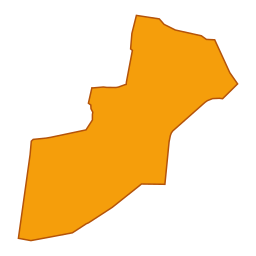 Etung, Cross River, Nigeria (Albers equal-area conic projection)
{"feature_id": "59680162B25131261753844", "entity_name": "Etung", "entity_type": "district", "adm_level": 2, "iso_a3": "NGA", "parent_name": "Nigeria", "parent_adm1": "Cross River", "projection": "albers", "projection_center": [8.782, 5.851], "detail": "fine", "context": "isolated", "style": "filled", "palette": "amber", "viewbox_px": 256, "rotation_deg": 0, "n_neighbors": 0, "source": "geoboundaries", "source_scale": "gbopen_adm2", "svg_char_len": 735}
<svg xmlns="http://www.w3.org/2000/svg" viewBox="0 0 256 256"><path d="M31.3,141.2L30.1,154.6L18.4,238.3L30.9,240.6L50.8,236.9L72.4,232.8L86.2,223.8L88.5,222.8L112.3,207.3L141.5,184.0L164.9,184.3L169.1,141.7L170.3,135.7L171.3,133.0L172.7,131.0L172.9,130.8L202.9,104.2L205.3,102.1L207.5,100.6L212.6,98.6L219.4,98.3L222.6,98.7L237.6,83.9L229.8,72.7L214.7,39.8L206.4,39.4L201.4,35.8L175.3,30.0L164.1,24.4L159.3,18.9L136.4,15.4L131.9,33.4L130.6,48.9L132.4,50.4L126.4,82.1L126.2,84.4L125.2,84.6L118.3,87.1L116.0,87.5L106.7,87.4L103.4,87.0L92.9,87.9L91.9,87.8L88.4,103.2L90.8,105.0L91.0,108.7L92.8,112.2L92.4,114.5L92.4,120.0L86.0,129.9L50.8,137.3L46.2,138.1L33.2,139.4L31.3,141.2Z" fill="#f59e0b" stroke="#b45309" stroke-width="1.5"/></svg>